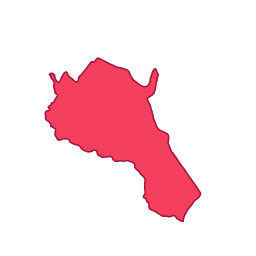 Malacatán, San Marcos, Guatemala, rotated 295°
{"feature_id": "79465075B54780709245522", "entity_name": "Malacatán", "entity_type": "district", "adm_level": 2, "iso_a3": "GTM", "parent_name": "Guatemala", "parent_adm1": "San Marcos", "projection": "albers", "projection_center": [-92.12, 14.914], "detail": "fine", "context": "isolated", "style": "filled", "palette": "rose", "viewbox_px": 256, "rotation_deg": 295, "n_neighbors": 0, "source": "geoboundaries", "source_scale": "gbopen_adm2", "svg_char_len": 5664}
<svg xmlns="http://www.w3.org/2000/svg" viewBox="0 0 256 256"><g transform="rotate(295 128 128)"><path d="M103.2,215.7L111.9,200.5L114.0,197.3L115.8,193.5L122.8,181.9L122.9,181.3L124.2,179.7L124.8,177.7L126.5,175.5L127.8,174.8L128.4,173.7L129.8,172.3L131.0,170.8L135.6,169.4L137.5,168.3L138.4,167.7L138.9,166.8L139.4,165.3L139.5,157.0L140.5,155.0L141.7,152.9L142.8,151.9L144.6,150.2L145.9,148.7L148.0,146.5L148.6,146.4L150.1,145.0L150.6,145.0L151.4,144.0L152.7,142.9L153.4,142.7L154.5,141.1L157.0,139.4L157.9,138.5L159.3,136.9L160.9,134.6L161.8,134.0L162.3,133.3L164.1,133.3L166.1,134.8L168.5,136.2L170.7,136.9L176.1,135.9L181.5,134.3L183.4,134.3L184.6,133.7L189.3,132.9L190.2,131.4L192.6,128.9L193.3,127.7L192.3,126.8L189.1,126.6L182.6,127.3L180.3,128.1L176.2,128.6L174.0,127.7L172.3,125.5L171.8,123.8L172.0,120.8L173.8,112.7L174.6,111.5L174.6,110.8L175.5,110.2L176.2,108.7L179.7,104.9L180.3,102.8L179.6,96.2L179.2,95.7L178.5,92.4L178.4,83.0L178.9,73.3L178.7,71.2L177.6,70.4L173.6,69.5L173.1,69.1L173.1,67.4L171.6,66.5L163.5,64.9L157.2,63.3L156.4,63.0L155.6,62.7L154.9,62.4L153.8,62.2L152.8,62.0L152.2,62.1L151.2,62.5L150.8,62.7L150.3,62.8L149.4,62.8L148.9,62.6L148.5,62.4L148.3,62.0L148.0,61.6L147.9,61.1L147.9,60.5L147.9,59.8L148.1,59.2L148.3,58.6L148.5,57.9L148.7,57.2L149.3,55.2L149.6,53.4L149.7,52.8L150.1,52.2L151.1,50.8L151.6,50.4L152.2,49.7L152.6,49.0L152.6,48.1L152.4,47.8L151.8,47.4L151.1,47.1L150.2,46.8L148.6,46.6L146.3,46.5L145.1,46.5L144.0,46.5L142.4,46.6L141.6,46.5L141.0,46.3L140.4,46.1L140.1,45.3L140.2,44.7L140.3,44.2L140.7,43.1L141.1,42.5L141.5,41.5L142.0,40.9L142.5,40.6L143.2,40.2L144.2,39.8L144.6,39.4L145.0,38.7L145.4,37.7L145.5,36.4L145.4,35.7L145.1,35.0L144.2,34.6L143.1,34.2L142.8,35.1L142.6,35.6L142.4,36.0L142.0,36.5L141.4,36.8L141.0,37.1L140.7,37.4L140.3,38.1L140.0,38.7L139.6,39.7L139.4,40.3L139.1,40.9L138.4,41.5L137.9,41.9L137.5,42.1L137.1,42.2L136.6,42.4L135.5,42.7L135.0,42.9L134.6,43.0L134.1,43.3L133.6,43.5L133.3,43.8L132.8,44.2L132.0,45.0L131.5,45.4L131.1,45.7L130.7,45.9L130.3,46.1L129.9,46.4L129.4,46.8L128.9,47.2L128.7,47.7L128.5,48.5L128.4,49.2L128.3,49.8L128.0,50.3L127.5,50.5L127.0,50.5L126.5,50.4L125.9,50.2L125.5,50.1L124.8,50.0L123.9,50.0L123.5,49.9L123.1,49.8L122.3,49.9L121.8,49.8L121.3,49.7L120.9,49.7L120.3,49.8L119.6,49.6L119.1,49.2L118.9,48.8L118.6,48.3L118.3,48.1L117.8,48.2L117.3,48.5L116.8,48.6L116.2,48.3L115.4,47.9L114.5,47.3L114.1,47.0L113.6,46.9L113.1,47.0L112.8,47.4L112.5,48.0L112.4,48.4L112.2,48.8L111.7,49.2L111.2,49.2L110.7,49.1L110.2,48.7L109.8,48.2L109.4,47.6L109.2,47.2L108.6,46.8L107.5,46.7L106.6,46.7L106.1,46.8L105.5,47.2L105.0,47.7L104.6,48.1L104.1,48.4L103.5,48.4L103.0,48.5L102.6,48.8L102.1,49.2L101.6,49.5L101.2,49.9L100.9,50.2L100.7,50.8L100.6,51.2L100.4,52.9L100.2,53.7L100.1,54.2L99.9,54.7L99.5,55.3L99.2,55.8L98.8,56.2L98.4,56.5L97.6,56.9L96.9,57.2L96.7,57.9L97.1,58.4L97.4,59.0L96.9,59.5L96.7,60.2L96.6,61.2L96.7,61.8L96.6,62.4L96.3,62.9L95.9,63.2L95.5,63.3L95.0,63.4L94.1,63.5L93.3,63.8L92.6,64.0L92.2,64.2L91.6,64.4L90.9,64.9L90.5,65.2L90.1,65.7L89.7,66.2L89.3,66.9L89.1,67.3L88.8,67.8L88.6,68.1L87.8,68.8L87.7,69.3L87.7,69.8L87.7,70.3L87.7,70.8L88.7,71.8L89.6,72.8L90.3,73.4L90.6,73.8L90.8,74.1L91.4,75.1L91.6,75.7L92.2,76.9L92.5,77.4L92.6,78.1L92.7,78.6L92.6,79.2L92.2,79.7L91.9,80.0L91.4,80.3L91.1,80.7L90.8,81.7L90.7,82.3L90.6,83.1L90.5,84.3L90.6,85.4L90.7,86.6L90.8,87.3L90.9,87.9L91.1,88.6L91.2,89.1L91.2,89.9L91.3,90.5L91.2,91.4L91.0,92.3L90.7,92.8L90.2,93.7L89.6,94.9L89.3,95.3L89.2,96.5L89.1,98.3L89.2,99.5L89.3,100.9L89.3,101.3L89.5,102.0L89.7,102.4L90.5,103.6L90.9,104.2L91.5,104.9L91.8,105.3L92.3,105.6L92.8,105.7L93.3,106.2L93.7,106.9L93.9,107.5L93.9,108.1L93.9,108.7L93.9,109.2L93.8,109.8L93.1,110.2L92.6,110.4L91.9,110.9L91.4,111.5L91.1,112.1L90.8,112.9L90.8,113.4L90.7,114.3L90.5,116.1L90.6,116.9L90.7,117.3L91.1,118.0L91.9,119.1L93.0,121.2L93.4,122.0L93.9,122.6L94.3,123.3L94.6,123.8L94.8,124.2L94.9,125.2L94.8,125.9L94.6,126.2L94.2,126.7L93.5,127.4L93.1,127.9L92.9,128.5L92.7,128.9L92.7,129.4L92.6,130.2L92.6,130.9L92.8,131.5L93.0,132.1L93.3,132.5L93.9,133.3L94.6,134.0L94.9,134.5L95.2,135.2L95.3,135.8L95.6,136.8L95.9,137.7L96.4,138.4L97.0,139.2L97.3,139.7L97.6,140.2L98.0,140.9L98.2,141.2L98.4,141.8L98.5,142.4L98.5,143.2L98.6,144.6L98.6,145.5L98.6,146.6L98.6,147.7L98.5,148.3L98.2,149.0L97.9,149.2L97.5,149.5L96.7,150.0L95.6,150.6L95.2,151.0L94.8,151.5L94.3,152.5L93.9,153.9L93.2,156.2L93.0,156.7L92.8,157.2L92.5,157.6L92.2,157.9L91.9,158.2L91.5,158.8L91.4,159.3L91.1,160.2L90.9,161.0L90.7,161.6L90.6,162.0L90.3,162.9L90.0,163.6L89.2,164.6L88.7,165.1L88.1,165.5L87.5,165.8L86.6,166.1L85.8,166.3L85.3,166.5L84.8,166.7L83.5,167.2L81.6,168.0L80.7,168.5L79.4,169.2L78.8,169.7L78.2,170.1L77.5,170.5L77.2,170.7L76.8,170.9L76.4,171.0L75.8,171.1L74.5,171.0L73.6,170.9L73.3,170.9L72.7,170.8L72.3,170.9L71.8,171.3L71.5,172.2L71.3,174.0L71.1,174.6L70.4,175.2L69.6,175.9L69.1,176.5L69.0,177.0L68.8,178.0L68.5,178.6L67.8,179.3L66.7,179.8L65.6,180.1L65.2,180.4L64.8,180.7L64.5,180.9L64.2,181.2L63.9,181.9L63.8,182.3L63.6,183.7L63.6,184.2L63.7,185.7L63.8,186.5L63.8,186.9L63.8,187.6L63.8,188.4L63.7,189.2L63.5,189.9L63.3,190.6L63.2,192.7L63.2,193.2L63.0,194.3L62.9,195.0L62.8,195.5L62.7,196.2L62.7,196.6L62.8,197.0L63.1,197.4L63.4,198.0L63.6,198.4L63.7,198.7L64.7,201.6L64.8,202.1L64.9,202.7L65.2,203.3L66.1,204.3L67.0,205.2L67.5,205.8L67.8,206.2L68.1,207.0L68.1,207.7L68.0,208.1L67.9,208.5L67.1,209.7L66.8,210.2L66.7,210.7L66.5,211.3L66.4,212.1L66.3,213.0L66.2,214.4L66.2,215.2L66.2,215.9L66.5,216.8L66.8,217.5L68.6,216.8L71.5,216.2L79.5,216.7L85.8,218.4L89.5,218.7L94.6,221.3L96.5,221.8L99.5,221.5L103.2,215.7Z" fill="#f43f5e" stroke="#9f1239" stroke-width="1.5"/></g></svg>